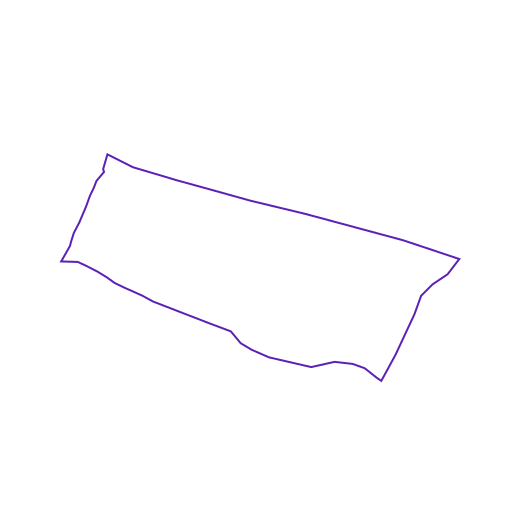 the district of Potufale, Tuvalu, rotated 135°
{"feature_id": "33948139B14408350290705", "entity_name": "Potufale", "entity_type": "district", "adm_level": 2, "iso_a3": "TUV", "parent_name": "Tuvalu", "parent_adm1": "", "projection": "robinson", "projection_center": [178.678, -7.484], "detail": "fine", "context": "isolated", "style": "outline", "palette": "violet", "viewbox_px": 512, "rotation_deg": 135, "n_neighbors": 0, "source": "geoboundaries", "source_scale": "gbopen_adm2", "svg_char_len": 737}
<svg xmlns="http://www.w3.org/2000/svg" viewBox="0 0 512 512"><g transform="rotate(135 256 256)"><path d="M397.6,389.9L386.2,377.8L383.1,369.3L379.1,356.9L376.5,346.1L375.1,337.1L371.5,326.8L364.5,308.5L360.9,296.4L347.7,266.5L336.5,241.2L327.1,220.5L328.5,205.1L325.4,192.8L318.5,175.2L295.5,138.4L275.3,125.6L264.0,111.4L258.5,99.8L256.8,85.0L255.7,79.1L248.5,81.2L226.9,87.6L185.1,102.8L167.4,111.1L151.1,111.1L133.5,107.6L114.4,110.1L140.8,163.0L191.2,250.6L220.8,299.0L245.6,342.9L258.5,365.6L280.3,405.9L289.2,432.9L302.7,425.5L304.0,422.9L315.7,421.9L322.0,419.1L330.8,416.0L334.2,414.4L341.5,411.0L349.7,407.7L357.1,404.7L368.3,401.2L375.3,397.6L380.6,394.6L397.6,389.9Z" fill="none" stroke="#5b21b6" stroke-width="2"/></g></svg>